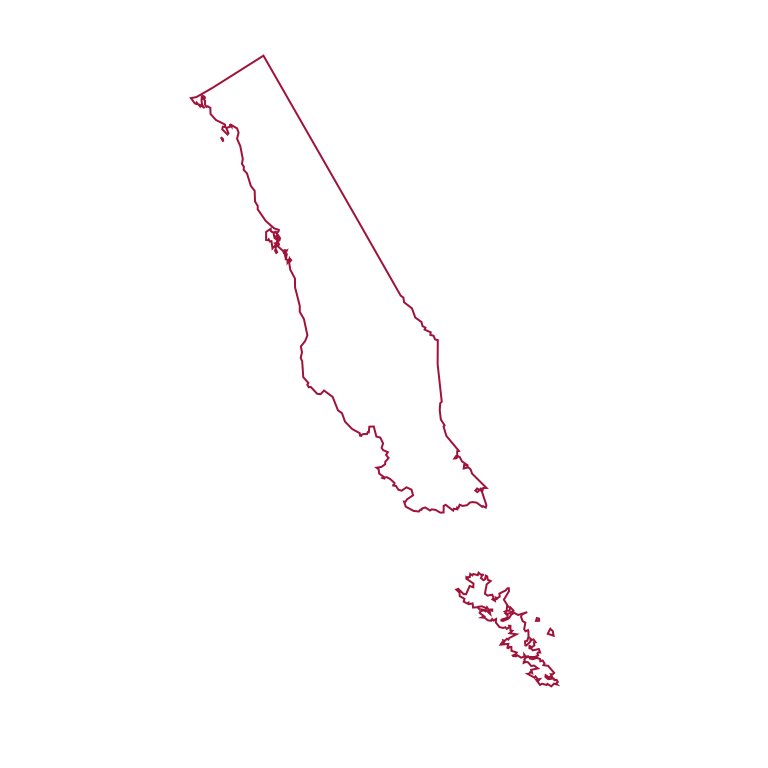 the district of Ushuaia, Tierra del Fuego, Argentina, rotated 62°
{"feature_id": "61730980B87507155551581", "entity_name": "Ushuaia", "entity_type": "district", "adm_level": 2, "iso_a3": "ARG", "parent_name": "Argentina", "parent_adm1": "Tierra del Fuego", "projection": "albers", "projection_center": [-65.54, -54.787], "detail": "fine", "context": "isolated", "style": "outline", "palette": "rose", "viewbox_px": 768, "rotation_deg": 62, "n_neighbors": 0, "source": "geoboundaries", "source_scale": "gbopen_adm2", "svg_char_len": 6128}
<svg xmlns="http://www.w3.org/2000/svg" viewBox="0 0 768 768"><g transform="rotate(62 384 384)"><path d="M37.5,336.3L42.0,396.7L42.6,415.0L40.9,420.3L47.4,419.3L48.7,418.2L47.7,417.3L52.4,416.1L51.4,415.3L56.1,412.9L52.4,413.6L48.3,412.2L45.1,410.2L46.5,409.9L44.7,408.6L46.1,407.6L47.2,407.8L46.4,409.4L50.2,409.1L52.9,410.8L56.0,410.7L56.0,409.3L58.7,407.7L64.2,410.4L72.1,408.4L80.2,402.6L82.7,403.4L81.1,405.5L83.2,407.3L90.3,405.0L89.6,403.6L83.9,403.1L84.6,399.0L82.2,398.0L85.0,397.7L83.8,397.1L89.4,393.7L93.8,394.4L98.5,398.6L106.5,399.2L119.2,403.1L122.9,406.1L126.3,405.7L129.1,407.4L133.7,406.1L146.7,408.6L152.7,407.5L162.3,412.2L167.6,411.9L170.4,413.5L184.4,411.9L195.1,407.9L198.5,404.5L199.8,405.5L200.1,407.8L198.7,408.1L198.5,409.8L200.1,407.9L206.4,407.3L208.1,408.9L207.3,410.5L207.9,411.2L211.4,411.1L212.5,413.1L219.6,410.5L222.2,411.2L218.5,408.5L222.0,409.2L220.3,408.2L220.4,407.1L223.4,410.9L225.8,411.5L223.1,408.3L227.7,412.2L229.9,409.9L228.7,408.4L231.1,407.8L232.1,410.3L229.5,409.2L230.2,410.1L229.8,411.3L231.6,412.2L230.6,410.1L239.0,413.1L249.1,413.1L256.7,417.1L275.5,421.7L280.7,424.5L289.1,424.2L305.1,428.8L309.1,433.5L311.8,439.8L317.5,441.5L321.8,445.3L325.4,445.5L340.1,452.1L347.6,450.3L348.6,452.0L351.5,452.0L352.3,450.0L361.3,447.6L363.2,444.8L361.6,440.0L371.3,435.4L385.6,437.0L390.1,434.8L398.9,436.1L408.9,433.2L416.0,428.5L418.3,429.4L419.1,428.4L418.3,427.5L418.6,425.5L420.2,422.5L418.9,420.9L419.5,420.1L414.8,417.0L416.7,413.0L426.8,415.4L429.6,412.4L436.0,412.7L439.3,416.1L442.0,415.8L446.0,412.6L447.6,415.5L451.5,414.7L453.2,419.3L455.4,420.7L456.0,425.1L454.4,429.9L456.8,428.8L460.9,430.3L465.6,428.0L466.1,429.6L467.6,428.1L466.8,427.3L467.7,425.2L470.9,423.1L476.4,421.2L477.9,422.4L477.4,424.2L479.7,421.3L484.1,420.9L486.5,418.5L485.8,412.6L490.2,409.3L495.9,410.6L496.6,417.7L498.1,420.5L497.3,421.5L502.5,422.4L510.0,417.4L513.0,413.0L512.0,410.9L512.7,410.0L511.8,408.8L512.4,405.5L517.3,402.8L517.1,400.7L519.4,397.5L524.0,394.7L525.4,391.7L519.6,388.5L519.6,386.3L528.2,382.4L526.9,381.0L529.1,378.1L527.4,377.4L528.3,376.4L526.1,373.9L528.6,371.8L530.0,367.6L529.0,363.7L529.8,361.3L532.2,357.9L538.6,354.9L538.3,353.9L540.9,352.2L539.1,350.5L524.0,347.9L522.5,349.7L523.3,352.3L521.0,353.4L520.0,350.8L522.4,349.3L521.8,347.5L524.0,346.8L522.4,345.2L523.9,342.3L504.5,348.3L499.8,347.6L497.1,348.8L496.0,353.3L493.2,351.3L495.7,348.0L488.9,351.5L484.1,351.4L482.9,352.2L483.5,355.3L482.8,356.8L481.5,354.3L482.4,353.4L477.8,351.0L478.3,349.3L459.2,353.3L449.5,351.4L449.0,349.9L442.1,350.5L433.3,347.1L427.4,343.4L426.7,341.3L391.8,327.4L370.5,315.9L368.6,318.0L364.6,317.6L362.4,320.0L360.3,318.5L355.0,322.6L353.8,321.0L350.9,322.8L346.9,321.8L340.0,325.2L330.3,323.8L321.3,327.9L316.8,326.3L313.8,327.8L234.3,330.1L37.5,336.3ZM653.9,372.3L652.2,370.3L652.7,364.6L650.9,374.0L647.1,376.6L647.4,380.0L649.3,383.1L648.6,384.8L649.6,385.0L649.1,390.1L648.1,391.4L647.2,390.9L648.3,384.9L646.4,383.5L644.2,384.3L645.6,380.4L644.9,378.6L645.7,376.7L644.9,376.0L640.5,377.3L643.1,379.8L641.8,382.1L642.8,383.8L641.7,384.3L641.9,382.3L637.9,379.6L639.0,378.8L630.7,379.4L625.6,370.9L622.9,369.7L622.3,370.9L623.4,373.8L623.2,380.5L626.1,381.7L626.3,384.6L625.3,385.4L626.8,385.7L626.1,387.4L627.5,387.9L625.0,389.4L624.3,387.7L620.9,387.3L619.5,391.8L616.6,393.4L609.1,387.4L608.0,382.3L605.5,384.3L602.3,383.2L601.0,384.1L603.8,386.4L604.0,388.2L600.8,389.5L598.9,387.0L599.2,385.4L597.8,388.0L595.0,389.1L596.8,390.9L593.7,394.4L594.5,395.8L592.2,397.0L594.8,398.9L593.9,400.6L594.8,401.2L593.3,402.0L594.6,402.7L602.2,398.7L605.4,400.6L602.6,403.2L608.2,410.3L606.7,412.4L599.7,414.6L599.5,416.7L603.7,415.3L606.8,416.7L611.4,413.8L613.5,415.8L617.0,413.5L616.7,412.0L618.2,412.4L619.3,408.8L623.2,410.3L625.0,406.2L626.6,405.8L625.0,405.2L626.3,401.9L630.1,398.7L629.5,397.9L632.3,397.6L633.9,394.3L635.0,394.9L633.0,397.2L636.9,398.2L630.9,400.3L632.0,401.3L630.0,402.2L628.7,403.9L630.4,403.5L629.9,405.5L631.0,407.0L636.2,404.6L636.0,407.3L637.6,404.9L641.4,403.2L643.3,400.8L642.3,398.9L644.2,398.5L644.1,395.4L647.0,397.2L652.8,396.2L655.3,393.4L655.8,391.0L657.9,390.5L657.6,387.4L656.2,387.0L656.9,385.9L660.9,388.0L662.1,386.6L663.0,390.1L667.2,384.5L667.1,392.6L668.1,394.2L666.6,395.0L667.5,397.9L666.3,399.1L668.5,399.5L667.5,400.9L668.9,403.4L671.9,396.2L674.8,398.9L675.7,398.2L675.1,396.2L676.0,395.0L679.4,396.7L683.4,392.9L684.4,394.7L684.2,397.8L684.9,397.7L686.4,395.3L686.2,393.5L689.9,391.5L690.6,388.2L688.7,387.2L691.1,386.9L692.1,384.5L693.0,384.5L692.0,386.7L693.1,389.4L695.7,390.1L695.1,391.1L695.8,391.6L695.9,389.2L697.5,387.4L702.1,386.4L703.0,383.7L707.4,381.6L705.5,388.2L708.7,388.9L707.0,390.0L707.9,391.8L707.4,393.2L714.0,388.9L713.3,387.5L717.1,386.8L717.7,385.0L718.5,387.1L717.2,388.4L723.0,387.5L722.8,385.3L726.1,381.7L725.5,380.5L729.5,378.2L728.4,374.6L730.5,372.3L729.2,372.7L728.7,370.4L726.2,370.5L725.4,372.6L723.7,372.4L721.7,377.6L718.4,379.0L717.0,378.0L720.5,376.0L720.4,374.3L722.0,373.2L718.6,372.9L719.5,371.6L719.0,369.4L709.9,371.4L707.1,375.2L706.1,373.5L702.6,373.7L702.2,376.1L700.0,375.3L697.6,377.8L696.8,381.9L694.8,384.1L693.6,383.1L696.7,377.5L695.9,377.8L696.0,375.3L693.9,375.1L693.4,374.0L694.4,372.2L690.7,371.7L689.1,377.5L685.9,378.7L685.4,380.5L685.4,378.5L682.9,378.8L685.8,376.9L685.4,373.9L682.6,373.0L683.2,371.4L679.7,371.9L679.3,374.4L678.7,373.8L677.4,374.3L680.2,375.6L681.7,381.3L681.1,381.9L677.4,380.3L678.0,378.1L674.9,375.0L670.1,372.6L668.9,372.4L668.8,375.1L666.3,375.4L661.1,371.2L658.5,372.9L653.9,372.3ZM198.4,410.5L195.9,412.1L193.7,411.2L194.4,416.7L201.5,420.5L202.6,418.9L202.1,417.9L204.6,417.9L205.0,416.3L211.9,418.8L210.7,415.6L212.8,415.7L211.1,413.2L208.7,414.1L209.2,412.6L207.0,410.7L203.6,412.1L198.4,410.5ZM685.9,352.4L681.4,351.0L678.2,352.1L681.4,356.7L685.9,352.4ZM203.7,408.3L202.5,409.3L203.8,411.1L207.1,409.9L203.7,408.3ZM663.9,357.3L662.4,358.9L664.5,361.0L665.9,358.2L663.9,357.3ZM94.5,412.2L92.0,411.2L89.6,412.2L94.5,412.2ZM213.8,416.2L215.1,417.6L217.7,417.6L217.5,416.5L213.8,416.2Z" fill="none" stroke="#9f1239" stroke-width="2"/></g></svg>